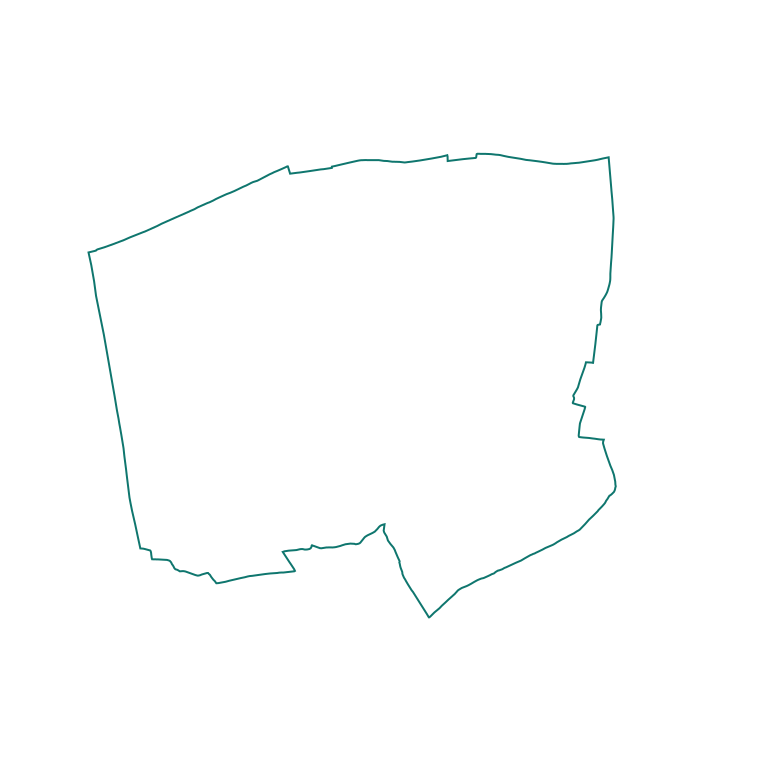 Prawet, Bangkok Metropolis, Thailand, rotated 253°
{"feature_id": "78962969B62937206462024", "entity_name": "Prawet", "entity_type": "district", "adm_level": 2, "iso_a3": "THA", "parent_name": "Thailand", "parent_adm1": "Bangkok Metropolis", "projection": "robinson", "projection_center": [100.671, 13.697], "detail": "fine", "context": "isolated", "style": "outline", "palette": "teal", "viewbox_px": 768, "rotation_deg": 253, "n_neighbors": 0, "source": "geoboundaries", "source_scale": "gbopen_adm2", "svg_char_len": 6046}
<svg xmlns="http://www.w3.org/2000/svg" viewBox="0 0 768 768"><g transform="rotate(253 384 384)"><path d="M266.5,577.9L267.6,574.9L268.2,573.5L268.8,572.2L270.0,569.7L271.0,567.4L272.4,564.4L274.8,558.3L276.1,555.4L276.3,555.1L276.5,555.1L276.9,555.0L277.7,555.1L278.0,555.2L284.7,558.0L286.6,558.8L289.1,559.9L289.5,560.2L301.1,568.4L303.0,569.6L303.3,569.7L303.5,569.6L303.9,569.0L308.0,562.5L310.2,559.3L310.3,559.1L310.5,559.0L311.0,559.1L313.7,561.2L313.9,561.3L315.1,561.7L315.6,561.7L317.0,561.5L317.4,561.6L317.8,561.8L318.1,562.1L321.9,566.3L323.3,567.8L323.8,568.2L324.2,568.6L325.0,569.1L329.7,572.2L331.2,573.2L341.0,580.5L343.7,582.3L345.7,583.5L345.2,584.9L343.7,589.0L343.2,589.8L343.1,590.1L360.4,597.8L370.9,602.3L375.6,604.3L377.5,605.1L377.8,605.3L378.0,605.7L377.8,607.9L377.8,608.0L378.3,608.2L380.0,609.2L383.1,610.8L384.0,611.2L385.1,611.5L387.7,612.2L390.8,612.9L391.8,613.2L393.7,613.9L398.7,616.1L399.4,616.5L400.0,617.0L400.5,617.6L402.2,619.7L404.2,621.9L405.6,623.3L406.7,624.3L407.5,624.9L409.1,626.0L413.0,628.5L414.4,629.3L416.5,630.4L417.7,630.9L419.4,631.5L422.0,632.3L423.3,632.7L433.6,636.6L438.1,638.4L442.4,640.0L459.6,646.3L466.6,648.9L470.5,650.3L473.6,651.4L475.0,651.9L476.8,652.4L484.8,654.2L494.0,656.3L502.7,658.1L503.5,658.3L535.1,665.1L535.7,658.8L536.0,654.0L536.3,651.1L536.6,649.0L538.2,637.9L538.6,635.2L539.0,633.4L540.0,628.7L540.3,627.5L540.7,625.0L541.1,623.1L541.9,620.3L543.0,616.9L544.1,613.3L544.7,611.6L545.3,610.0L547.3,606.0L548.7,603.2L550.3,599.9L552.2,595.8L555.2,589.1L556.8,585.3L559.4,580.5L563.0,573.1L564.8,569.4L567.0,565.4L568.8,562.3L569.3,561.3L569.7,560.4L570.6,558.0L571.8,555.3L572.6,553.4L573.1,552.0L573.7,550.3L574.3,548.6L575.5,544.7L576.8,540.9L576.8,540.4L576.8,540.0L576.7,539.8L576.5,539.7L573.8,538.4L573.6,538.2L573.4,537.7L574.7,531.5L576.0,524.9L578.6,510.1L582.6,511.2L582.9,511.3L584.3,511.4L584.3,510.8L584.6,505.1L585.7,495.5L587.3,483.4L588.5,475.8L589.3,471.4L589.5,470.0L589.8,468.5L591.9,463.7L593.8,458.0L594.2,456.8L594.8,455.5L596.2,452.5L597.3,449.4L597.4,449.1L599.6,444.5L603.8,430.9L604.8,427.1L605.0,425.8L605.2,424.0L605.8,416.1L606.4,407.3L606.8,401.0L607.1,397.7L605.9,397.3L607.1,389.1L607.7,386.3L609.4,374.8L610.9,365.2L611.4,362.7L612.6,355.7L619.9,355.7L620.2,355.7L620.3,355.5L620.3,355.4L620.4,355.1L620.1,353.5L619.5,348.8L619.0,344.3L618.7,340.9L618.3,338.6L618.0,336.1L615.4,322.3L615.4,317.9L615.1,315.5L614.8,314.1L614.1,310.2L613.8,307.1L612.3,297.4L611.8,292.8L611.6,289.1L611.4,287.4L610.5,280.6L610.0,277.2L609.4,274.4L608.8,270.3L608.7,268.2L608.5,266.5L607.4,257.5L607.1,256.1L606.6,253.9L606.4,252.2L606.1,249.3L605.9,248.3L604.1,233.0L602.3,218.2L601.4,213.3L599.7,199.9L599.6,197.8L598.5,184.0L598.2,181.5L597.7,177.5L597.1,168.3L597.0,167.3L596.5,156.5L596.5,149.5L596.4,149.0L596.3,148.3L596.0,148.0L595.8,147.5L595.8,146.7L596.2,139.9L583.1,138.8L567.0,136.8L552.5,134.4L512.9,130.5L450.9,122.8L436.8,120.9L428.5,120.0L423.5,119.3L419.9,118.9L411.9,117.9L400.7,116.4L398.6,116.1L390.8,114.6L377.9,112.4L371.4,111.2L349.8,107.4L344.5,106.8L336.4,106.0L322.2,105.0L308.7,103.8L298.0,102.9L296.9,105.7L295.9,107.4L293.5,111.2L293.3,111.6L293.0,111.8L292.2,112.0L290.6,111.9L288.7,111.5L285.4,111.0L284.2,111.0L283.8,112.1L282.3,116.7L279.3,124.8L279.0,125.4L277.9,127.0L277.4,127.5L276.8,127.8L275.6,128.3L273.5,128.6L272.3,129.1L270.9,129.4L269.1,129.7L268.1,130.2L267.8,130.4L266.8,131.9L265.7,133.0L264.6,133.9L264.5,134.2L264.1,136.0L263.6,137.7L263.1,138.7L262.7,139.4L256.5,147.7L255.3,149.6L255.1,150.2L254.9,152.0L255.1,154.0L255.0,159.6L254.7,160.5L253.9,160.8L252.8,161.5L252.5,161.7L249.9,162.4L246.7,163.6L245.1,164.5L244.1,164.9L243.6,165.0L242.5,165.4L242.4,165.6L242.0,167.6L241.2,174.7L241.1,178.4L240.7,184.2L240.3,190.1L239.9,194.4L239.8,197.3L239.6,199.4L239.1,201.7L237.0,214.9L236.1,219.7L234.5,226.6L234.2,228.7L233.7,230.8L233.1,232.8L231.1,243.5L231.3,244.2L233.3,243.9L240.1,241.9L240.6,241.7L253.0,238.1L253.1,239.9L252.5,244.1L250.8,251.7L250.6,255.1L250.4,256.4L249.9,258.0L248.8,259.9L248.6,260.6L248.2,262.2L248.0,264.5L248.3,265.5L248.4,265.9L249.9,267.4L250.5,267.5L250.8,268.0L250.5,268.2L249.7,269.5L245.7,274.8L245.2,276.2L244.5,281.2L243.2,285.7L242.8,286.7L242.3,289.1L242.1,290.5L241.9,295.0L242.0,296.8L242.0,300.3L241.2,305.2L239.8,309.0L239.1,309.9L238.9,310.7L238.7,312.7L238.8,314.0L239.2,315.0L242.9,320.4L243.4,321.4L244.1,324.0L244.9,329.4L245.5,332.0L247.3,335.3L248.6,337.2L249.1,338.1L249.6,339.4L249.8,341.6L249.7,343.5L243.8,340.8L241.9,340.8L237.3,342.0L233.2,342.0L229.1,343.4L224.9,345.2L222.0,345.8L220.1,345.9L214.4,346.5L210.1,347.1L209.6,347.0L208.9,346.5L207.6,346.5L204.6,346.2L203.2,346.2L198.8,346.5L197.6,346.2L196.5,346.1L192.9,346.5L190.8,347.1L189.6,347.3L185.4,348.3L178.7,350.1L176.7,350.9L151.3,357.8L148.0,358.6L147.7,358.7L147.6,359.2L147.9,359.8L148.2,360.5L150.8,365.4L153.4,371.6L155.0,374.4L156.2,376.9L157.1,378.8L158.9,382.4L162.6,390.4L163.1,391.2L163.5,391.8L163.7,392.3L164.4,393.3L165.2,394.8L165.8,397.1L166.2,398.7L166.6,404.0L166.9,406.0L167.5,408.9L168.4,412.6L169.0,415.5L169.2,416.8L169.5,420.1L169.3,422.5L169.9,427.3L170.3,430.0L170.6,431.2L170.7,433.6L170.8,434.0L171.0,434.5L171.5,435.5L172.1,437.7L172.1,438.2L172.3,438.7L172.2,438.9L172.1,439.3L172.3,443.0L172.9,445.4L173.0,447.1L174.0,454.3L174.5,457.9L175.1,463.5L175.5,465.1L176.2,467.9L177.5,473.8L177.6,474.6L177.7,475.9L177.9,476.9L177.9,478.5L178.2,479.8L178.5,482.0L179.3,487.1L180.0,490.5L180.5,495.4L180.8,498.2L181.0,499.3L181.6,501.7L182.0,502.8L183.3,508.4L183.5,509.8L184.2,514.2L184.7,516.1L185.7,521.9L186.7,525.3L187.1,527.3L187.5,528.6L191.2,535.3L194.4,540.5L196.9,545.6L199.9,551.2L200.7,552.2L203.1,556.6L204.8,559.4L205.8,560.8L207.4,562.3L208.8,564.2L210.2,565.7L211.3,567.0L211.4,567.9L212.2,569.8L213.6,572.4L214.8,573.5L216.2,574.4L216.9,574.7L218.4,575.7L220.2,575.9L223.1,576.6L224.2,576.7L229.8,577.3L235.0,577.1L239.6,576.6L250.2,576.1L257.5,576.0L263.2,576.1L264.6,576.6L266.5,577.9Z" fill="none" stroke="#0f766e" stroke-width="2"/></g></svg>